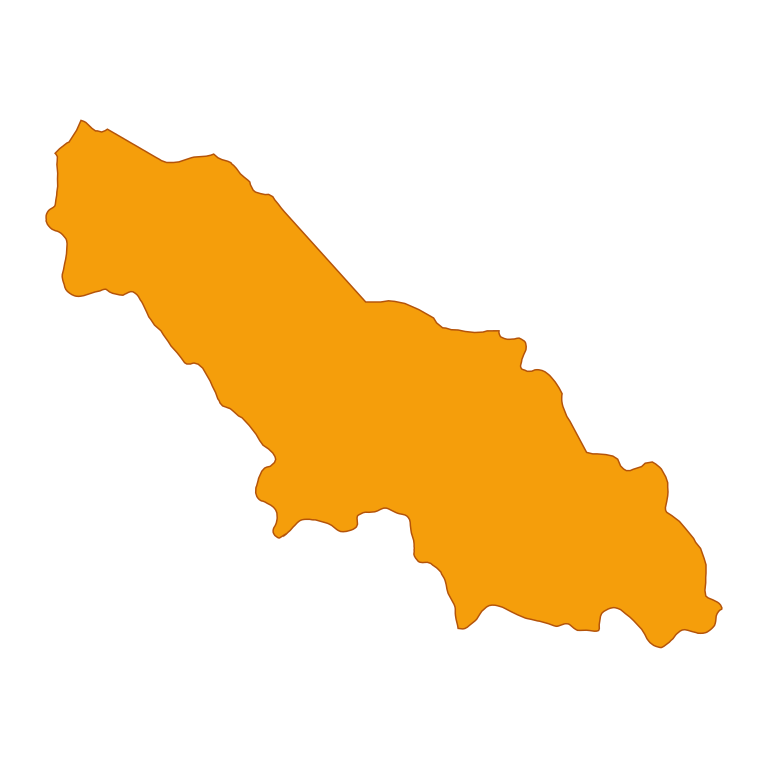 the district of Saut, Micoud, Saint Lucia
{"feature_id": "8701671B56473836536162", "entity_name": "Saut", "entity_type": "district", "adm_level": 2, "iso_a3": "LCA", "parent_name": "Saint Lucia", "parent_adm1": "Micoud", "projection": "mercator", "projection_center": [-60.943, 13.813], "detail": "fine", "context": "isolated", "style": "filled", "palette": "amber", "viewbox_px": 768, "rotation_deg": 0, "n_neighbors": 0, "source": "geoboundaries", "source_scale": "gbopen_adm2", "svg_char_len": 6041}
<svg xmlns="http://www.w3.org/2000/svg" viewBox="0 0 768 768"><path d="M255.9,487.9L255.7,492.8L256.3,494.8L256.9,496.6L258.0,498.2L259.2,499.5L260.5,500.4L261.5,500.9L263.1,501.2L265.2,502.1L267.0,503.2L270.7,505.1L273.6,507.3L275.6,509.8L276.2,511.2L276.9,513.0L277.2,517.6L277.1,519.1L276.3,523.0L275.2,525.6L274.5,526.7L273.7,528.1L273.3,529.4L273.1,530.7L273.2,532.4L273.8,533.8L274.9,535.5L277.6,537.5L278.6,537.9L279.6,537.9L284.7,534.7L284.5,535.4L286.1,534.2L288.0,532.3L290.2,530.4L293.4,526.7L294.6,525.6L297.3,522.7L299.1,521.2L300.2,520.5L301.9,519.8L304.1,519.4L306.1,519.3L309.6,519.3L312.3,519.8L315.6,519.9L325.8,522.8L328.0,523.5L329.8,524.4L331.7,525.4L336.6,529.4L338.3,530.5L340.6,531.5L343.1,531.7L346.4,531.4L350.8,530.2L353.1,529.3L355.0,528.1L356.4,526.9L357.5,524.2L357.0,517.9L357.5,515.9L358.5,515.0L363.1,512.7L365.4,512.2L369.1,512.3L374.8,511.8L377.5,510.9L379.8,509.7L381.8,508.8L383.8,508.1L386.3,508.1L388.2,508.7L395.2,512.2L397.0,513.0L399.2,513.7L401.9,514.2L404.8,514.9L406.7,515.9L408.2,517.4L409.6,519.7L410.2,522.3L410.4,525.6L411.0,530.5L411.4,533.0L413.7,540.5L414.1,544.0L414.1,546.7L414.3,548.2L414.1,549.7L414.2,551.5L413.9,554.2L414.4,556.0L415.6,558.1L416.9,559.7L418.4,561.5L419.9,562.2L422.6,562.6L424.9,562.4L427.4,562.3L430.7,563.4L433.1,565.4L436.5,567.7L438.2,569.3L440.9,572.1L441.6,574.0L444.2,578.3L445.1,580.5L446.2,584.7L446.9,588.9L447.5,591.2L448.2,593.6L454.1,604.4L455.0,606.9L455.3,608.8L455.3,613.5L455.5,615.6L456.1,619.3L457.6,625.4L458.1,628.4L462.5,628.9L463.5,628.8L464.9,628.5L467.3,627.2L469.5,625.3L475.0,620.9L476.7,619.2L479.8,614.2L481.8,611.2L483.4,609.8L486.5,607.0L489.1,605.6L491.9,605.1L495.0,605.2L497.4,605.7L501.2,606.8L502.7,607.3L504.9,608.4L511.4,611.8L517.6,614.8L525.2,618.0L527.0,618.5L531.0,619.3L537.5,620.9L539.6,621.2L548.5,623.7L553.9,625.7L555.8,626.2L556.9,626.3L558.4,626.0L562.0,624.7L564.7,623.8L566.1,623.7L568.3,623.9L569.8,624.7L573.9,628.2L575.4,629.2L577.4,630.3L580.0,630.4L586.3,630.2L589.5,630.5L594.5,631.2L596.8,631.1L598.6,630.5L599.3,628.7L599.2,624.6L600.5,616.2L601.7,613.4L603.7,611.5L605.4,610.5L608.2,609.0L610.3,608.2L613.3,607.6L615.1,607.7L617.7,608.4L620.6,609.6L622.7,611.3L625.4,613.6L629.8,617.0L633.6,620.6L641.7,629.3L644.8,634.3L647.0,638.8L648.5,640.8L650.1,642.7L651.8,644.0L653.7,645.4L656.1,646.4L659.6,647.4L661.1,647.6L662.4,647.1L664.0,646.2L669.3,642.2L671.1,640.3L672.9,638.8L675.8,634.8L676.9,633.7L680.2,631.0L682.3,630.0L684.3,629.7L685.0,629.7L687.9,630.3L692.2,631.6L696.2,632.6L697.8,633.2L700.7,633.3L703.2,633.2L705.8,632.6L707.2,632.0L709.7,630.3L711.5,628.8L713.0,627.3L714.5,625.5L715.3,623.1L715.7,621.1L716.2,616.0L717.2,613.5L718.7,611.3L720.2,609.9L721.7,609.2L721.9,607.9L720.6,605.1L719.1,603.4L717.5,602.2L713.0,599.9L708.1,597.9L705.8,596.0L704.9,590.3L705.7,582.9L705.7,577.5L706.0,573.2L706.0,564.8L704.1,558.4L700.6,548.5L695.6,542.3L693.6,538.4L685.4,528.4L679.4,521.4L671.8,515.6L666.7,512.3L665.6,510.3L665.4,507.6L666.7,501.6L667.7,495.9L668.0,492.0L667.7,487.2L667.7,482.7L665.8,477.0L661.4,469.1L659.7,467.3L655.7,464.0L652.3,462.0L645.2,463.2L641.6,466.6L633.2,469.3L630.2,470.6L626.3,470.6L623.6,469.0L620.6,466.0L617.7,459.2L612.9,456.1L606.0,454.6L597.3,453.9L592.8,453.9L586.6,452.4L569.9,421.2L566.8,416.4L562.9,406.5L562.2,403.7L561.8,401.1L561.7,399.1L561.8,395.7L562.1,393.7L559.1,388.0L555.2,382.0L551.8,377.9L549.7,375.5L547.9,374.0L545.0,371.8L542.1,370.5L538.9,369.8L537.0,369.7L534.9,369.9L531.8,371.2L529.6,371.3L527.2,371.3L524.9,370.2L523.0,369.6L521.7,369.0L521.2,368.2L520.6,366.9L520.6,365.3L521.5,361.9L521.9,359.4L523.7,354.7L525.6,350.6L526.0,349.4L526.2,346.5L525.7,343.5L525.3,342.3L524.2,341.0L521.2,339.1L519.1,338.1L517.0,338.3L514.3,339.0L512.2,339.1L509.9,339.3L507.3,339.3L504.5,338.6L500.9,337.0L500.1,336.0L499.4,334.4L498.9,332.6L499.0,330.8L487.1,330.9L482.9,332.1L474.6,332.5L465.3,331.5L458.1,330.0L451.2,329.7L445.9,328.1L442.6,327.8L436.6,322.9L433.6,318.0L419.0,309.7L404.9,303.5L394.7,301.4L388.5,300.8L380.7,302.0L365.7,302.0L284.4,211.8L281.1,207.9L278.5,204.4L274.7,199.8L272.8,196.7L268.6,194.4L265.2,194.6L260.5,193.6L255.5,192.1L253.2,190.2L250.4,184.7L249.8,182.0L248.3,180.5L243.7,176.8L240.3,173.8L236.3,168.3L233.6,165.4L231.8,164.0L230.9,162.7L227.9,161.3L221.9,159.6L218.0,157.8L213.7,154.1L210.8,155.2L206.3,156.2L194.0,157.1L191.5,157.7L178.9,161.9L173.5,162.5L166.6,162.5L161.4,160.6L159.2,159.2L156.1,157.5L107.4,129.2L105.1,130.7L101.7,132.0L97.4,130.9L95.5,130.9L92.0,128.4L85.9,122.5L83.9,121.4L81.0,120.4L76.6,130.3L69.0,142.1L66.9,143.0L59.6,148.7L55.1,153.3L56.2,154.5L57.4,156.7L57.2,161.1L56.9,164.5L57.7,173.3L57.5,178.9L57.7,186.3L56.9,191.9L56.7,195.2L55.9,199.8L55.3,204.4L54.8,206.0L53.4,207.3L50.2,209.2L48.6,210.5L47.5,212.1L46.7,213.7L46.2,215.3L46.1,216.8L46.1,218.3L46.3,219.3L46.1,221.0L47.4,224.3L48.6,225.9L50.4,227.9L52.0,229.2L55.3,230.7L57.3,231.2L58.7,231.8L60.7,233.0L62.5,234.6L65.2,237.8L66.1,239.1L66.7,240.9L67.1,243.8L66.5,253.9L65.6,259.5L64.7,263.4L63.5,269.9L62.3,274.4L62.2,276.8L62.7,279.7L63.3,281.9L64.2,284.5L64.8,287.1L65.8,289.4L67.4,291.4L69.5,293.1L71.8,294.6L74.3,295.7L76.1,296.2L78.6,296.4L80.6,296.2L83.9,295.6L94.9,292.0L99.9,290.9L102.4,289.8L104.2,289.3L105.9,289.2L107.6,290.4L109.5,291.9L112.6,293.3L119.6,294.9L123.0,295.2L125.3,293.9L125.9,293.7L128.6,292.3L130.8,291.6L133.0,291.8L135.0,293.1L136.8,294.5L138.5,296.6L140.3,299.9L141.8,302.0L143.0,304.3L146.8,312.3L148.8,316.9L150.8,319.5L154.5,325.1L160.9,330.7L163.4,334.8L168.2,341.5L171.1,346.1L177.1,352.7L181.1,357.8L184.6,362.7L186.8,364.0L190.5,364.0L191.8,363.5L194.0,363.0L198.2,364.2L202.7,368.1L210.1,380.9L212.4,386.2L215.6,392.6L217.8,398.8L219.1,400.6L220.1,403.1L222.6,405.9L230.3,408.7L232.5,410.5L238.5,415.9L242.0,417.7L249.2,425.4L256.1,434.3L259.8,440.7L263.1,445.3L268.5,448.9L272.8,453.0L275.0,456.6L275.7,459.4L274.5,462.5L270.3,466.3L266.8,467.1L264.6,468.1L261.8,471.2L258.6,478.3L258.1,480.6L256.6,486.1L256.3,486.6L255.9,487.9Z" fill="#f59e0b" stroke="#b45309" stroke-width="1.5"/></svg>